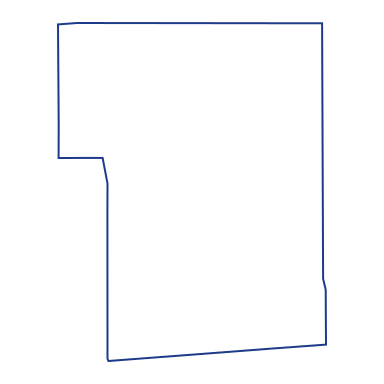 Smith, Mississippi, United States of America (Mercator projection)
{"feature_id": "52423323B69277381036205", "entity_name": "Smith", "entity_type": "district", "adm_level": 2, "iso_a3": "USA", "parent_name": "United States of America", "parent_adm1": "Mississippi", "projection": "mercator", "projection_center": [-89.556, 32.002], "detail": "fine", "context": "isolated", "style": "outline", "palette": "blue", "viewbox_px": 384, "rotation_deg": 0, "n_neighbors": 0, "source": "geoboundaries", "source_scale": "gbopen_adm2", "svg_char_len": 309}
<svg xmlns="http://www.w3.org/2000/svg" viewBox="0 0 384 384"><path d="M322.1,23.3L77.0,23.0L58.4,24.4L58.0,24.4L58.7,124.7L58.6,158.0L102.6,157.9L107.5,183.5L107.4,213.2L107.5,358.6L108.4,361.0L271.3,348.6L326.0,344.6L325.7,289.7L323.1,278.7L322.1,23.3Z" fill="none" stroke="#1e3a8a" stroke-width="2"/></svg>